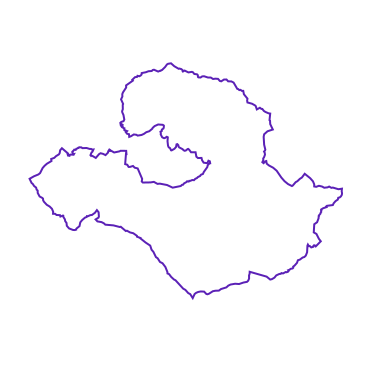 Tilisca, Sibiu, Romania, rotated 43°
{"feature_id": "2599482B75916194776070", "entity_name": "Tilisca", "entity_type": "district", "adm_level": 2, "iso_a3": "ROU", "parent_name": "Romania", "parent_adm1": "Sibiu", "projection": "mercator", "projection_center": [23.791, 45.786], "detail": "fine", "context": "isolated", "style": "outline", "palette": "violet", "viewbox_px": 384, "rotation_deg": 43, "n_neighbors": 0, "source": "geoboundaries", "source_scale": "gbopen_adm2", "svg_char_len": 5990}
<svg xmlns="http://www.w3.org/2000/svg" viewBox="0 0 384 384"><g transform="rotate(43 192 192)"><path d="M303.9,93.7L303.5,91.9L302.6,90.6L300.9,89.3L299.4,87.3L297.2,90.1L292.0,92.7L291.1,93.9L288.6,94.5L288.0,96.1L285.8,98.7L283.4,99.3L280.6,100.9L279.3,103.5L277.6,104.6L276.1,103.0L273.2,101.7L269.0,101.3L262.0,101.8L262.5,106.5L261.9,108.8L261.7,112.3L261.1,114.1L261.3,118.5L261.0,119.5L256.9,120.7L252.3,121.0L247.5,120.5L239.4,118.7L234.8,118.9L230.2,120.1L227.3,120.3L225.2,118.7L224.7,119.5L224.7,122.1L223.1,122.2L222.5,120.2L221.2,118.9L221.0,117.5L219.9,114.9L218.4,113.7L217.1,113.3L217.1,111.8L216.7,111.0L212.5,108.2L206.8,102.8L205.4,100.6L205.8,96.1L208.5,91.2L202.9,89.0L200.4,86.6L199.7,86.6L195.7,81.3L194.4,82.2L191.0,83.4L189.2,83.7L186.8,83.3L186.1,83.9L184.2,84.1L183.1,87.4L180.0,85.7L179.0,85.7L175.7,86.5L171.5,88.7L170.0,87.6L168.9,85.9L163.3,85.1L160.5,83.1L159.6,84.0L157.8,84.2L157.1,85.2L155.6,85.2L154.8,85.7L147.8,83.6L145.3,84.3L143.0,86.4L140.5,86.2L138.7,87.9L137.9,91.1L136.6,91.8L133.9,91.5L131.9,93.1L130.3,95.0L127.6,95.5L125.6,97.4L121.9,99.1L120.6,100.5L120.2,102.4L118.5,103.8L117.9,103.8L116.6,102.6L115.4,102.5L113.2,104.1L111.1,103.8L110.0,104.2L107.8,107.0L103.8,108.2L103.2,110.1L102.7,110.0L102.4,109.3L100.4,109.4L98.6,110.3L98.2,111.0L93.2,112.1L88.9,112.2L87.1,114.5L86.7,115.8L87.1,119.0L86.9,123.2L86.5,123.9L86.4,124.8L86.0,125.0L85.1,127.0L80.8,128.5L80.1,129.5L80.0,131.0L77.8,133.4L76.5,136.0L74.1,139.3L75.0,140.5L75.0,141.9L74.5,143.3L72.9,144.2L73.3,145.3L72.0,146.9L71.8,150.7L72.8,150.9L71.1,159.0L72.6,160.5L73.6,166.3L74.3,168.0L76.0,169.7L76.9,172.6L81.6,174.6L81.9,175.5L84.9,178.6L85.8,180.6L86.7,181.3L89.3,182.4L93.1,185.2L93.6,186.9L92.5,189.0L92.4,190.3L93.9,191.4L94.2,190.4L95.5,190.2L96.0,191.3L95.4,191.8L95.5,192.1L96.4,192.3L96.8,191.5L98.2,192.1L99.1,191.5L100.2,192.8L103.0,191.7L103.0,192.3L102.3,192.6L102.4,193.3L104.8,193.7L106.5,192.7L108.5,194.5L109.3,192.9L110.2,189.6L112.3,188.1L113.8,187.8L116.2,184.7L117.2,182.3L117.8,179.4L119.3,176.7L119.8,172.8L119.5,172.0L119.7,169.3L121.2,165.7L124.8,162.8L126.1,162.6L127.1,163.7L127.8,165.0L127.4,166.9L128.3,168.0L127.8,169.4L129.1,170.2L129.8,171.2L132.8,172.3L134.0,172.0L134.9,171.7L135.4,170.9L135.9,168.8L137.0,168.5L139.5,171.6L142.9,174.5L144.5,175.2L146.1,174.9L148.2,175.8L148.7,175.5L149.7,172.4L149.6,169.9L148.2,167.7L148.6,167.0L150.1,167.1L151.1,167.9L152.2,168.1L155.9,167.1L157.4,167.2L158.6,166.8L159.2,165.8L159.5,163.6L159.8,163.1L161.0,163.0L164.2,163.6L167.5,160.5L171.1,163.2L173.2,163.1L175.7,160.6L177.7,161.9L180.5,162.6L183.1,160.8L183.3,159.8L182.7,157.9L184.1,157.4L185.7,158.6L185.3,159.1L185.2,161.6L186.2,163.4L187.0,169.4L187.7,171.4L186.9,172.9L186.8,173.9L187.0,174.7L186.1,177.2L186.1,178.5L185.4,180.1L185.4,182.0L184.0,183.1L183.1,185.1L182.4,185.7L182.5,186.6L181.1,187.5L181.2,188.4L180.3,191.2L180.5,192.7L179.8,193.6L179.7,195.3L174.9,202.0L169.0,203.9L162.8,207.8L161.2,209.6L157.2,210.6L155.2,213.2L149.6,218.6L148.1,218.6L146.6,216.4L136.2,211.8L133.5,213.3L131.1,213.2L129.5,216.0L128.5,216.9L126.1,216.2L124.1,217.2L117.6,209.0L118.0,208.8L115.8,206.8L111.7,210.5L111.2,211.8L108.1,216.2L105.1,216.9L103.9,218.0L103.5,217.1L102.6,217.3L103.0,219.5L103.7,220.4L103.6,224.0L100.9,224.8L98.7,226.0L98.2,227.7L98.4,232.7L94.7,233.5L93.5,234.0L93.5,234.4L92.6,234.3L91.6,231.7L91.7,230.4L90.9,228.1L89.8,229.2L88.9,229.3L87.8,230.3L84.9,231.7L81.9,234.7L80.7,234.8L79.0,236.2L79.0,237.1L78.6,237.3L78.3,238.8L77.9,239.3L78.2,240.5L77.0,241.3L77.2,243.4L77.0,243.6L77.1,244.4L77.6,244.7L79.5,245.1L79.8,244.7L80.0,245.5L77.8,247.3L77.3,248.4L77.7,249.1L76.9,249.6L76.8,249.0L76.3,248.9L75.8,249.5L74.8,248.9L74.8,248.4L67.0,248.7L67.1,251.4L68.7,253.8L69.0,255.2L68.1,258.5L68.0,260.9L66.5,263.9L68.1,265.2L66.6,270.3L66.3,273.4L66.4,276.3L68.0,281.8L67.7,283.9L65.7,288.3L64.2,293.1L68.5,294.8L70.1,294.7L72.4,295.3L75.0,295.1L76.7,296.2L78.1,296.2L79.8,297.9L83.6,299.2L86.7,298.4L87.6,298.5L88.8,299.6L90.4,300.1L94.5,300.4L97.8,299.7L101.0,299.8L103.9,301.1L105.2,302.7L106.8,301.3L108.6,301.2L111.2,299.0L112.5,299.7L113.7,297.2L114.0,297.1L115.0,298.0L117.7,298.7L119.2,299.8L121.3,300.2L123.5,302.1L126.9,302.5L130.9,300.9L132.3,299.7L132.9,298.6L132.6,298.4L132.5,297.2L133.0,293.7L131.0,290.4L130.8,287.4L131.2,283.7L132.0,282.1L131.6,281.3L132.4,280.7L133.4,278.3L134.5,277.0L135.2,273.3L134.8,270.1L137.5,270.5L140.6,273.4L141.1,274.5L140.2,277.8L142.9,278.0L146.4,275.7L148.9,275.0L150.9,275.0L157.3,270.0L163.0,266.9L163.6,266.0L170.2,265.7L170.8,264.7L174.3,263.8L177.2,262.2L181.6,261.6L182.2,262.2L185.7,260.8L185.8,261.1L192.5,260.6L198.0,259.7L201.8,261.8L204.6,262.1L210.0,264.2L212.1,263.9L216.3,265.0L219.0,264.2L223.7,265.0L228.6,267.3L229.6,268.3L231.3,267.7L234.7,268.3L238.5,268.3L240.1,267.8L251.5,268.7L253.9,268.1L258.2,268.5L260.4,267.9L264.9,269.1L263.5,264.8L263.8,262.9L264.7,260.9L266.2,258.8L268.8,256.6L272.1,256.8L273.1,256.2L273.8,254.8L274.9,250.4L276.4,248.3L278.9,245.8L279.4,243.2L282.2,238.3L282.4,235.7L283.3,233.4L286.1,229.7L289.2,227.2L291.4,223.1L293.5,220.2L293.6,218.6L292.8,216.4L290.6,214.1L289.9,212.5L288.6,211.0L304.3,203.0L308.9,202.7L309.9,201.2L310.7,198.4L310.5,195.5L311.8,192.3L312.7,191.4L312.7,190.3L314.1,189.5L315.1,186.6L315.9,186.2L316.6,184.8L316.5,183.8L315.7,183.6L316.4,182.2L316.5,181.0L317.7,179.3L317.7,178.3L316.9,177.6L317.2,175.8L317.1,172.2L316.0,169.7L317.0,167.9L317.6,164.5L318.5,162.9L318.6,160.9L317.3,157.6L313.0,152.5L312.6,151.4L314.4,151.9L315.0,151.2L317.0,151.2L318.0,149.5L317.7,149.3L318.0,148.1L317.6,148.1L317.6,147.7L318.2,147.3L319.6,147.4L319.8,140.2L316.7,139.7L311.6,137.8L308.6,138.5L303.4,132.2L304.1,128.8L302.5,124.9L301.1,123.2L301.2,122.9L300.8,122.6L300.7,120.2L300.2,119.4L300.1,118.4L299.2,117.8L299.1,117.0L298.4,116.7L299.0,114.4L300.7,111.3L300.0,111.1L300.1,110.1L303.9,105.5L303.3,103.7L303.2,100.8L303.8,98.1L302.9,96.5L303.7,95.3L303.9,93.7Z" fill="none" stroke="#5b21b6" stroke-width="2"/></g></svg>